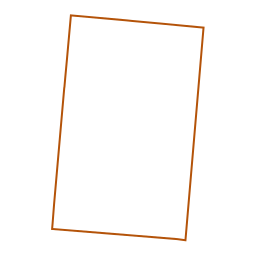 Dundy, Nebraska, United States of America, rotated 95°
{"feature_id": "52423323B35170285070049", "entity_name": "Dundy", "entity_type": "district", "adm_level": 2, "iso_a3": "USA", "parent_name": "United States of America", "parent_adm1": "Nebraska", "projection": "albers", "projection_center": [-101.7, 40.176], "detail": "fine", "context": "isolated", "style": "outline", "palette": "amber", "viewbox_px": 256, "rotation_deg": 95, "n_neighbors": 0, "source": "geoboundaries", "source_scale": "gbopen_adm2", "svg_char_len": 469}
<svg xmlns="http://www.w3.org/2000/svg" viewBox="0 0 256 256"><g transform="rotate(95 128 128)"><path d="M21.4,61.5L21.4,65.7L21.1,105.3L21.1,107.7L21.0,133.3L20.9,138.8L20.8,194.7L60.6,194.8L64.3,194.8L82.9,194.9L85.5,194.9L92.7,194.9L93.5,195.0L145.9,195.0L146.3,195.0L170.9,195.0L207.8,195.0L209.6,195.0L209.9,195.0L220.4,194.9L229.7,194.8L234.8,194.8L235.2,194.8L234.4,69.1L234.8,61.0L229.1,61.0L21.4,61.5Z" fill="none" stroke="#b45309" stroke-width="2"/></g></svg>